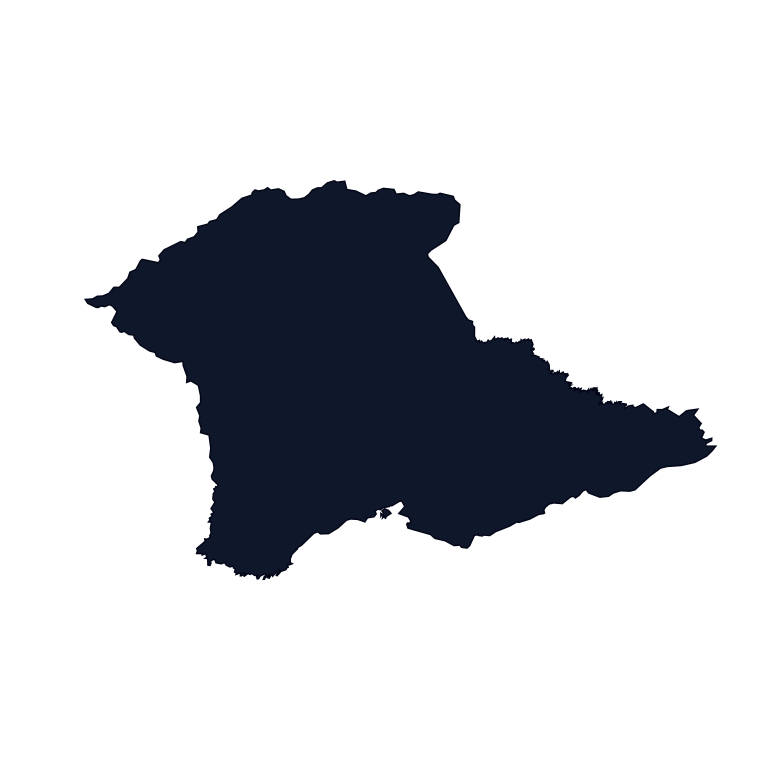 Mamuju Tengah, Sulawesi Barat, Indonesia, rotated 237°
{"feature_id": "22746128B49136567123703", "entity_name": "Mamuju Tengah", "entity_type": "district", "adm_level": 2, "iso_a3": "IDN", "parent_name": "Indonesia", "parent_adm1": "Sulawesi Barat", "projection": "equal_earth", "projection_center": [119.569, -2.021], "detail": "fine", "context": "isolated", "style": "filled", "palette": "ink", "viewbox_px": 768, "rotation_deg": 237, "n_neighbors": 0, "source": "geoboundaries", "source_scale": "gbopen_adm2", "svg_char_len": 6173}
<svg xmlns="http://www.w3.org/2000/svg" viewBox="0 0 768 768"><g transform="rotate(237 384 384)"><path d="M617.0,381.5L616.3,377.9L614.4,375.9L617.1,366.0L615.3,352.9L615.4,338.7L612.9,333.1L615.2,326.3L614.0,323.3L617.3,313.5L612.6,310.8L610.8,304.8L612.4,298.0L610.8,294.4L614.1,291.0L616.3,272.8L614.1,265.0L610.0,264.2L608.5,260.9L620.2,249.1L620.0,247.1L615.1,238.2L616.1,231.8L612.0,226.6L609.2,214.6L612.2,210.1L609.8,202.8L611.0,196.0L613.7,191.4L614.1,185.9L617.6,179.5L613.0,179.5L605.1,184.3L603.7,186.2L603.7,189.0L600.9,192.1L600.2,196.8L597.4,198.7L590.2,199.7L583.9,189.1L580.3,189.1L577.6,191.0L571.8,191.0L570.4,192.0L569.7,194.9L564.6,196.9L561.3,200.8L558.5,199.7L549.3,200.8L539.3,205.5L535.1,209.3L531.4,208.4L525.0,212.4L515.9,220.1L512.5,227.8L508.9,225.7L497.6,223.0L492.8,219.4L491.8,223.8L484.0,227.6L474.1,223.8L468.3,220.1L466.4,214.1L457.7,212.3L453.7,208.6L446.4,206.6L443.1,203.7L436.5,209.5L424.5,203.8L417.6,198.0L411.0,198.0L406.8,196.2L404.1,194.2L400.8,189.1L397.6,188.1L389.6,189.9L388.6,188.3L389.5,186.9L388.3,185.5L388.7,184.1L385.7,183.6L385.1,181.3L380.7,177.8L376.9,177.8L373.7,171.1L368.8,171.3L368.9,168.1L366.8,168.2L366.5,164.4L364.7,164.1L363.9,161.7L362.0,164.1L357.4,159.7L353.2,157.9L351.5,155.1L349.9,154.9L350.2,151.0L351.7,149.3L349.5,148.3L348.0,137.4L345.6,136.7L343.9,134.5L340.9,138.9L339.6,138.4L339.0,141.9L335.2,141.2L335.2,139.2L333.6,141.1L328.0,137.7L326.6,139.2L328.1,141.4L329.7,141.4L330.0,145.0L328.9,146.5L325.5,145.8L321.8,149.7L321.2,153.0L317.9,153.1L314.5,155.2L313.6,158.3L311.6,157.6L310.1,158.9L307.8,156.3L305.6,157.2L304.9,156.2L303.7,160.9L301.4,159.1L300.8,160.0L302.1,163.1L300.5,164.1L299.9,161.8L298.9,162.2L299.2,166.7L297.2,168.0L297.3,169.8L294.0,171.2L292.3,173.7L291.7,172.1L289.6,171.6L289.1,172.7L290.4,175.7L289.7,180.9L287.8,181.3L287.8,178.9L285.9,176.4L285.4,177.4L286.5,179.4L285.8,181.0L287.3,184.0L285.9,183.9L284.6,181.2L283.7,182.1L285.2,185.0L285.0,186.1L283.4,186.0L284.9,190.8L283.2,191.5L282.4,189.5L281.5,189.9L282.5,194.2L285.1,194.6L283.0,195.6L281.7,200.5L282.7,201.9L282.5,203.8L284.4,204.1L283.3,209.1L285.0,208.1L288.1,209.8L291.3,214.0L292.9,221.7L293.9,221.8L293.7,227.0L297.0,243.8L296.1,248.1L293.0,249.0L288.7,256.0L288.4,267.2L290.2,278.4L288.9,282.7L284.7,288.3L278.8,292.9L280.8,297.3L278.1,303.3L279.3,306.7L282.0,307.0L282.6,310.5L280.6,312.5L280.7,316.2L278.3,321.8L278.8,323.2L277.6,324.2L277.2,333.4L275.9,335.2L269.9,334.7L267.3,325.9L259.3,332.0L254.2,331.9L253.0,328.5L254.5,328.4L254.1,326.7L250.0,325.7L232.4,341.1L226.8,342.6L219.4,349.8L210.3,354.8L207.6,359.9L204.8,360.1L201.2,364.3L201.8,367.8L207.8,377.3L206.5,381.0L205.8,380.5L203.0,383.7L203.1,385.3L199.3,390.2L199.4,397.3L196.4,412.2L196.0,420.2L194.4,421.9L191.4,432.5L190.4,442.8L188.4,447.3L188.4,448.4L191.3,449.3L192.9,452.4L193.4,457.2L191.9,461.5L186.6,468.4L187.7,479.2L186.3,482.1L184.2,482.4L184.4,487.2L186.0,492.4L185.5,496.0L181.2,496.3L171.5,503.4L167.6,511.2L167.7,517.0L165.7,524.2L160.2,531.9L158.6,536.9L162.1,556.8L162.9,570.1L160.6,576.6L153.7,589.1L149.0,602.0L147.8,615.6L149.3,622.8L151.2,628.4L156.5,620.1L158.8,621.6L158.1,627.9L160.0,629.3L161.7,623.3L165.8,620.8L169.3,626.2L172.0,625.7L173.1,623.7L176.2,624.2L178.1,628.5L189.3,626.5L192.0,633.5L196.2,624.5L195.8,623.6L196.8,623.0L195.8,613.7L208.4,607.7L209.8,609.8L210.9,603.4L213.7,599.2L211.4,597.5L211.5,594.4L214.1,594.7L226.0,590.6L227.1,581.9L229.3,580.5L230.6,581.1L232.4,576.8L232.1,572.7L234.4,574.0L234.3,575.6L235.2,576.2L239.3,571.5L240.0,573.2L241.2,571.2L240.4,569.2L242.2,569.4L241.5,568.1L242.8,567.5L241.5,566.1L242.9,564.3L244.4,564.9L244.2,563.9L246.1,564.7L245.7,561.8L246.3,563.2L247.4,561.9L246.5,561.3L247.4,559.9L246.6,558.0L248.5,556.1L249.5,557.0L249.7,553.2L251.4,554.4L250.4,555.7L251.5,557.4L253.1,557.5L252.1,558.5L253.3,559.9L253.4,558.1L256.5,560.8L257.1,558.1L258.8,559.5L257.8,558.0L260.3,555.9L259.3,557.2L259.3,560.1L261.0,557.0L261.8,559.3L263.1,558.1L263.0,559.5L264.7,560.4L264.5,558.2L265.8,558.9L266.5,557.5L264.9,557.3L264.7,556.4L266.1,556.4L265.1,555.1L267.4,555.1L266.1,550.6L268.0,552.2L267.4,550.5L270.1,547.9L269.4,546.7L270.6,546.4L270.6,544.0L272.8,546.8L273.3,544.0L275.0,545.4L274.3,543.8L275.6,542.4L274.0,542.5L274.8,540.4L277.1,542.9L276.4,540.9L277.4,541.1L277.3,538.7L278.6,537.7L278.4,539.1L281.7,537.9L281.3,540.1L282.4,538.8L282.6,540.9L283.6,539.6L283.5,541.3L287.4,537.2L290.2,540.1L291.4,544.1L291.0,542.9L292.6,543.5L292.6,540.6L293.1,542.5L295.2,540.2L296.4,540.7L296.7,536.6L299.2,537.8L298.0,535.0L298.4,534.2L298.7,535.6L299.8,535.9L299.2,534.4L300.8,533.1L299.9,531.3L301.9,529.6L302.7,532.8L303.3,533.0L303.9,532.3L302.6,531.3L306.7,529.8L306.6,530.9L310.2,532.9L314.0,533.1L313.5,531.4L315.9,530.8L316.3,532.0L316.7,529.5L317.9,529.3L318.3,530.9L320.9,528.0L322.2,528.7L326.3,525.7L327.0,523.5L328.3,525.8L331.1,525.7L331.3,528.8L332.6,529.1L332.9,526.4L336.1,530.5L341.0,531.5L341.4,529.5L343.0,529.7L343.5,526.1L344.8,526.5L345.3,523.3L346.4,523.1L344.4,521.3L345.9,520.6L345.3,518.6L347.0,517.7L346.4,516.2L348.6,514.5L348.6,512.6L352.2,515.2L352.8,512.7L355.1,512.8L355.1,509.4L356.0,510.4L356.6,508.5L358.5,507.9L358.4,506.3L360.4,504.8L360.9,501.1L363.2,502.2L361.8,498.0L362.4,495.5L364.0,495.2L362.9,493.5L364.3,489.8L367.0,488.9L366.1,487.7L366.9,486.8L368.6,487.6L369.1,485.2L374.7,485.8L382.3,490.8L385.6,490.4L388.2,492.3L391.9,489.5L395.9,489.1L452.2,492.9L466.5,490.1L469.6,491.3L470.7,496.4L470.7,514.1L479.2,529.0L478.7,534.6L493.1,545.3L499.7,543.4L503.7,544.2L513.4,534.9L513.8,532.1L516.6,527.9L526.4,517.3L526.4,512.4L527.9,507.8L533.1,504.4L536.6,497.6L541.7,498.3L548.4,490.0L549.6,484.6L548.9,481.7L551.3,476.9L551.6,471.3L561.1,465.5L567.4,458.7L575.4,461.5L578.9,454.3L581.5,453.0L583.5,445.9L582.5,438.4L584.7,435.1L585.7,429.6L584.0,424.6L583.5,418.7L585.5,413.1L589.6,406.5L595.1,404.4L600.0,405.1L605.1,401.8L608.3,394.6L612.0,393.3L612.0,389.3L614.2,383.9L617.0,381.5ZM276.1,313.2L272.6,310.0L272.9,311.2L270.6,312.2L271.7,313.7L271.7,319.4L275.3,319.0L278.9,316.6L278.7,313.2L276.1,313.2ZM277.1,310.9L274.9,309.5L275.7,311.3L277.1,310.9Z" fill="#0f172a" stroke="#020617" stroke-width="1.5"/></g></svg>